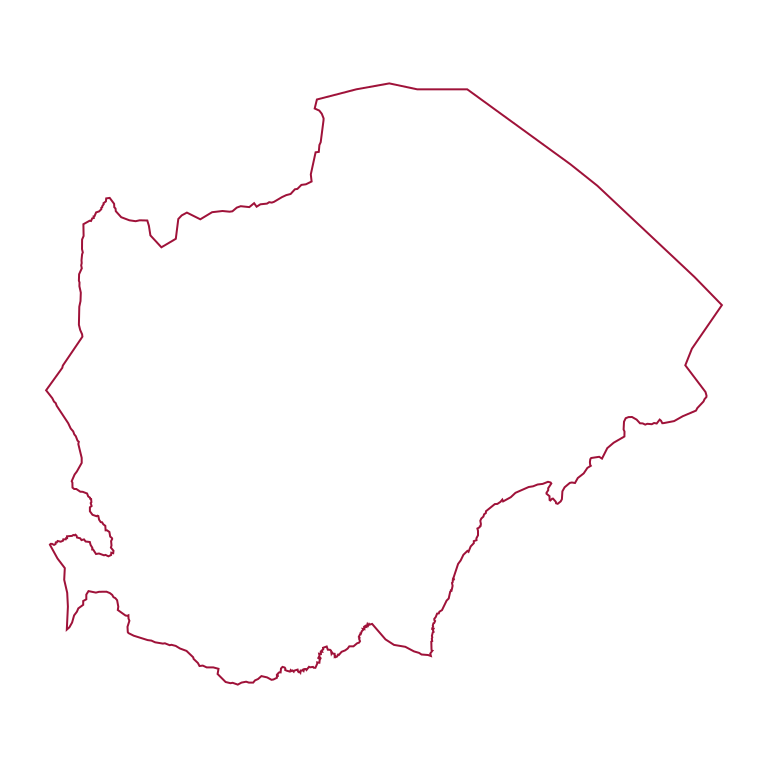 Pru East, Brong Ahafo, Ghana (Robinson projection)
{"feature_id": "2480657B24672710685383", "entity_name": "Pru East", "entity_type": "district", "adm_level": 2, "iso_a3": "GHA", "parent_name": "Ghana", "parent_adm1": "Brong Ahafo", "projection": "robinson", "projection_center": [-0.909, 8.134], "detail": "fine", "context": "isolated", "style": "outline", "palette": "rose", "viewbox_px": 768, "rotation_deg": 0, "n_neighbors": 0, "source": "geoboundaries", "source_scale": "gbopen_adm2", "svg_char_len": 6002}
<svg xmlns="http://www.w3.org/2000/svg" viewBox="0 0 768 768"><path d="M721.9,305.1L694.6,277.1L597.3,185.7L570.3,164.2L467.2,89.3L417.1,89.3L389.3,83.4L356.4,89.3L316.9,99.5L314.7,108.5L319.3,110.6L321.8,113.8L323.6,118.4L323.5,120.5L320.7,142.2L319.4,145.0L318.8,151.9L315.6,152.3L310.8,174.4L311.6,181.5L305.9,184.3L301.4,184.9L297.4,188.9L294.9,189.3L290.6,194.0L286.3,195.1L282.0,197.1L273.9,201.9L271.8,202.6L269.2,202.2L267.0,203.6L260.4,204.3L256.6,206.7L254.1,203.2L249.3,207.1L240.7,206.2L236.8,207.6L232.4,211.3L229.6,211.7L222.5,211.0L212.1,212.2L200.3,219.3L186.9,212.6L181.7,215.4L178.3,219.0L175.8,238.8L161.4,247.3L150.4,235.4L148.9,225.8L147.3,220.5L139.7,220.3L135.6,221.2L129.4,220.3L121.2,217.2L115.8,211.2L115.5,208.5L114.3,207.3L114.1,203.8L109.7,197.9L106.2,198.4L105.9,201.4L103.5,203.2L103.7,204.2L102.3,206.1L102.2,207.2L101.3,207.8L101.3,209.2L99.1,211.4L96.1,212.4L94.5,216.2L93.6,216.4L93.8,218.0L92.2,218.4L91.0,221.0L89.7,220.7L83.4,224.2L83.6,236.0L82.1,239.5L82.0,249.1L82.8,252.4L82.1,254.3L81.5,260.4L81.7,263.1L81.2,265.4L81.8,268.3L79.1,274.2L78.9,280.7L79.5,282.4L79.4,286.2L80.8,292.6L80.5,301.1L79.3,306.7L78.9,324.8L80.2,330.0L82.1,334.3L82.4,336.7L62.8,365.6L62.3,367.8L46.1,390.3L52.3,398.2L54.0,401.6L55.7,403.1L56.7,405.8L68.2,423.2L70.7,428.5L73.2,431.4L74.3,434.4L75.8,436.2L77.5,440.6L78.8,441.8L78.3,444.0L81.7,457.9L81.7,462.9L76.8,471.6L74.6,474.5L71.7,481.2L72.4,482.6L72.5,487.6L74.2,489.0L76.3,489.0L80.3,491.7L82.7,491.8L87.1,493.5L88.2,496.4L90.0,497.7L90.2,498.8L91.1,499.0L91.4,502.2L90.7,503.1L91.6,506.0L89.9,507.3L89.9,511.3L92.5,514.8L96.5,516.2L97.4,515.7L98.3,516.0L99.1,519.7L100.7,522.1L102.1,522.3L103.3,524.3L105.3,525.8L105.6,530.3L107.0,530.3L109.4,532.0L110.2,536.6L111.8,537.9L112.2,538.9L111.1,541.1L111.5,545.5L110.9,547.6L113.5,550.8L113.2,553.2L111.3,552.7L111.1,555.0L108.4,556.3L105.5,554.9L104.0,555.3L99.0,553.5L96.0,554.0L93.2,549.6L92.2,549.5L92.3,547.7L90.6,545.0L89.8,542.0L85.6,541.5L84.0,539.4L81.5,540.1L80.2,538.3L77.0,537.5L76.5,535.7L75.4,534.7L74.4,535.3L73.3,535.0L72.0,535.9L67.0,536.3L67.1,538.1L66.2,538.0L65.8,539.3L63.3,539.3L63.0,540.7L60.7,541.7L57.6,541.0L56.8,542.4L55.8,542.4L55.5,544.1L54.0,544.9L52.1,543.9L50.6,543.9L49.9,544.7L57.5,558.5L64.8,568.1L64.2,579.8L67.2,592.8L67.9,606.6L66.8,629.6L69.4,627.3L72.1,622.5L74.1,615.4L76.9,611.7L78.3,608.4L83.2,604.8L83.2,601.0L86.3,599.3L86.3,594.6L88.5,591.1L95.9,592.6L99.1,591.8L106.5,591.7L109.9,593.1L112.2,594.9L113.5,597.2L115.3,598.1L117.1,600.2L118.3,606.7L117.8,610.0L125.5,615.5L127.3,615.8L128.4,615.3L128.5,618.5L129.4,620.8L127.5,626.8L127.8,632.1L128.5,633.1L133.7,635.7L147.7,640.1L151.4,640.6L155.1,642.3L162.9,643.6L164.9,643.3L169.7,645.2L171.4,644.8L175.7,645.9L180.0,648.5L186.5,650.9L193.2,657.3L193.6,658.9L197.9,663.0L199.5,666.0L202.8,665.6L206.7,667.4L213.3,667.4L218.5,668.8L217.6,674.0L225.6,682.0L230.5,683.2L232.6,682.8L237.8,684.6L241.5,682.6L246.1,681.7L248.9,682.6L253.2,682.6L255.0,680.4L258.1,679.0L261.4,676.1L267.1,677.4L271.5,679.8L273.4,679.5L276.9,677.8L276.9,675.3L277.8,675.6L277.6,673.8L279.3,672.3L280.6,672.4L281.0,668.5L282.5,666.9L284.6,667.5L285.3,668.4L285.2,670.0L286.7,670.7L289.9,671.6L290.7,670.1L291.5,671.0L292.4,670.5L293.7,671.7L294.1,670.7L297.6,669.6L298.1,671.6L299.1,672.3L299.9,671.6L300.4,672.4L300.7,670.5L302.0,670.6L302.7,669.9L303.6,670.9L304.1,669.1L305.8,669.0L306.5,670.0L309.0,666.8L310.1,667.3L313.0,666.9L313.6,667.7L315.4,667.8L317.3,663.5L317.2,662.4L319.4,662.7L319.7,660.0L320.6,658.2L320.1,657.6L319.0,658.5L318.3,658.0L319.5,655.7L319.1,653.7L320.9,654.0L320.8,651.8L322.2,651.8L321.6,650.6L323.2,649.4L323.0,647.8L326.7,646.5L327.8,649.7L330.0,649.8L331.0,650.6L331.5,653.6L332.1,652.5L332.9,653.6L334.6,653.8L334.7,656.8L335.4,656.3L335.7,657.1L337.1,656.5L338.0,654.9L337.4,654.2L338.9,654.9L341.6,651.8L345.1,650.4L347.6,648.6L349.3,646.3L353.5,646.3L357.1,643.3L359.1,642.6L360.0,641.2L359.1,638.8L359.6,637.9L358.8,636.9L359.9,634.6L360.6,634.4L360.5,633.3L361.1,633.2L361.7,631.3L363.4,629.6L363.0,629.0L364.3,629.2L364.0,628.0L365.0,627.5L364.3,626.6L365.7,625.7L366.7,626.6L367.4,624.2L368.2,625.6L369.1,624.0L369.6,624.6L372.1,623.9L385.5,639.4L394.0,644.9L405.3,646.8L414.0,651.4L419.1,652.9L421.5,654.5L428.0,655.0L430.9,656.0L430.3,653.5L432.3,650.8L431.7,650.7L431.5,649.1L431.3,641.6L432.2,641.1L431.8,638.7L432.3,637.3L431.9,635.9L432.8,632.3L433.6,631.9L432.9,630.0L433.5,628.8L432.2,628.8L432.3,628.1L433.1,626.7L432.8,625.6L433.4,623.3L434.2,623.0L435.1,621.0L434.3,620.0L434.3,618.8L435.7,617.1L437.1,613.6L438.8,613.4L439.4,611.7L442.0,610.1L446.6,600.6L448.7,598.5L450.2,591.7L451.5,590.8L451.0,590.1L451.9,589.2L452.6,585.8L452.0,582.9L452.7,582.1L452.8,580.0L453.5,579.7L453.2,578.8L453.8,578.8L453.5,577.8L458.1,563.9L460.7,560.4L463.4,554.8L467.4,550.9L468.5,551.8L470.7,546.4L473.8,543.2L473.8,541.1L476.5,540.2L476.4,538.3L478.0,535.3L478.0,530.8L477.4,528.5L479.6,527.3L479.8,526.3L480.6,526.0L480.9,524.0L480.3,520.8L481.3,518.5L483.4,516.6L484.1,514.3L485.8,513.1L486.0,511.2L494.8,504.1L497.4,503.9L500.5,501.8L502.3,499.6L503.1,501.4L510.8,497.2L515.5,492.8L528.7,487.0L533.1,486.3L537.6,484.5L542.7,483.9L548.0,481.8L550.6,482.5L551.3,483.5L548.2,488.2L548.2,490.2L546.5,492.8L546.5,493.7L549.5,496.2L549.6,500.0L550.3,500.5L552.2,498.7L553.0,498.6L555.8,501.8L556.1,503.3L557.7,503.8L560.7,501.4L561.9,499.2L562.4,491.3L564.6,487.3L569.8,482.9L571.9,482.5L575.0,483.0L577.8,478.0L583.7,473.4L587.4,467.9L590.8,465.8L590.2,464.9L589.9,462.1L590.3,459.2L591.2,458.0L599.2,456.8L602.0,458.6L607.3,448.1L613.7,442.7L624.4,436.5L624.5,431.5L623.6,429.5L624.0,421.7L625.7,418.2L628.5,417.1L632.0,417.0L636.6,419.6L640.0,423.3L642.7,423.4L645.2,424.6L647.3,423.8L651.8,424.2L654.1,423.0L656.7,423.5L659.7,419.6L661.0,420.7L662.3,423.2L663.7,423.1L674.1,421.1L682.8,416.2L696.0,410.6L697.3,408.1L703.5,401.5L704.5,399.2L706.4,397.0L706.5,395.6L705.5,392.0L685.3,365.3L691.9,348.7L721.9,305.1Z" fill="none" stroke="#9f1239" stroke-width="2"/></svg>